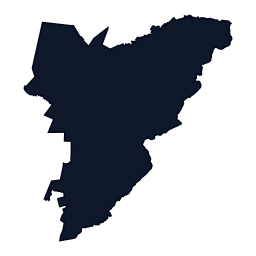 Shamva, Mashonaland Central, Zimbabwe
{"feature_id": "62879985B93379184763454", "entity_name": "Shamva", "entity_type": "district", "adm_level": 2, "iso_a3": "ZWE", "parent_name": "Zimbabwe", "parent_adm1": "Mashonaland Central", "projection": "mercator", "projection_center": [31.712, -17.164], "detail": "fine", "context": "isolated", "style": "filled", "palette": "ink", "viewbox_px": 256, "rotation_deg": 0, "n_neighbors": 0, "source": "geoboundaries", "source_scale": "gbopen_adm2", "svg_char_len": 5669}
<svg xmlns="http://www.w3.org/2000/svg" viewBox="0 0 256 256"><path d="M75.5,237.7L75.9,236.5L76.9,235.7L76.9,234.3L79.4,233.3L81.0,231.7L81.4,228.5L82.6,227.2L83.4,227.2L85.4,227.6L85.9,227.1L86.8,227.2L87.6,226.7L88.5,226.8L89.2,226.4L92.5,226.0L92.7,224.9L94.5,224.1L95.1,224.1L95.6,224.7L96.6,224.5L97.5,224.7L99.1,224.4L99.4,223.9L99.3,222.3L99.7,221.8L100.3,221.7L100.5,222.4L101.0,222.7L101.4,222.0L102.8,222.3L103.6,221.3L104.7,220.4L105.5,220.4L105.8,219.1L107.3,218.5L107.3,218.3L107.5,218.2L107.6,216.4L108.1,215.6L109.5,216.1L110.9,216.0L111.1,215.7L110.0,213.1L108.9,212.0L108.8,211.2L108.3,210.4L111.1,208.7L112.3,206.8L114.5,205.1L115.1,202.4L116.7,200.6L117.8,200.2L119.3,200.4L120.6,198.0L121.6,196.6L122.0,196.6L122.5,196.3L123.4,196.3L124.6,194.9L126.4,194.8L127.3,194.0L128.2,193.7L129.2,192.6L129.5,191.5L130.6,190.6L131.7,188.8L131.7,188.0L132.3,186.6L132.8,186.0L133.7,185.8L134.6,185.0L135.4,184.1L136.2,182.2L137.6,181.7L140.1,179.5L141.7,177.3L142.9,176.6L146.8,173.2L148.5,170.8L151.1,168.4L152.0,165.5L151.1,163.4L150.1,162.2L150.1,160.4L150.5,159.6L150.5,158.8L149.8,156.7L148.8,155.2L148.0,151.6L146.9,150.2L145.8,149.5L144.0,146.9L142.2,144.8L142.4,143.8L143.5,142.1L143.9,140.4L145.5,138.9L147.7,138.2L149.1,138.2L150.7,139.4L153.1,139.1L154.1,138.6L154.4,138.2L154.5,136.3L155.3,135.3L156.8,134.7L157.6,134.6L159.9,135.1L160.9,134.9L161.5,134.4L162.6,132.8L165.8,132.5L166.6,131.9L167.5,130.7L169.8,129.2L176.2,126.2L177.1,126.0L178.9,124.8L180.2,124.5L181.3,123.7L181.2,123.1L180.0,122.2L179.1,121.0L177.3,119.9L176.4,118.9L176.5,118.4L177.2,117.3L176.7,114.6L178.5,113.0L181.4,108.5L182.0,106.7L183.0,105.0L183.0,104.2L183.5,103.6L182.9,102.0L183.1,101.3L183.8,100.3L187.7,97.2L188.8,96.9L189.8,97.3L191.5,95.4L193.3,94.5L194.1,93.5L196.2,91.9L200.4,87.4L200.8,85.0L199.5,81.8L198.7,81.3L196.8,81.5L195.7,81.2L195.0,80.6L194.8,79.9L194.9,79.6L196.1,78.4L196.3,77.9L196.2,76.7L195.8,75.5L195.9,74.7L197.5,74.6L199.9,75.1L201.5,74.7L201.6,74.4L201.2,73.6L201.4,72.1L201.3,70.6L202.0,68.6L202.1,67.3L201.8,66.8L200.5,65.9L200.5,65.6L202.0,64.5L204.2,63.7L205.1,63.1L207.4,62.6L208.5,61.9L209.4,61.6L209.8,61.0L210.7,60.3L210.8,60.0L210.3,59.3L211.4,56.9L211.2,54.5L211.8,53.6L213.5,48.7L214.0,48.4L214.4,47.4L216.4,47.1L218.6,48.5L220.4,49.1L222.7,48.8L224.0,47.7L226.3,46.3L227.6,46.1L228.4,45.5L229.1,45.1L230.1,43.6L229.8,42.3L231.6,39.2L231.7,38.1L231.3,36.9L229.9,35.4L229.6,33.9L229.6,29.7L228.9,27.6L229.4,26.8L229.7,24.9L231.0,23.3L229.5,22.5L228.8,21.3L228.0,21.7L228.0,21.4L226.9,20.9L225.1,20.9L222.4,20.4L221.6,20.7L220.3,21.8L219.8,21.9L217.6,20.9L217.5,20.3L217.0,20.1L215.3,20.2L213.8,19.4L211.7,19.2L210.5,18.5L206.3,18.9L204.6,18.1L203.9,18.1L203.4,18.6L203.1,18.0L201.6,17.8L200.4,18.1L199.2,18.8L198.8,18.7L198.4,17.8L197.8,17.1L196.5,18.3L195.7,18.5L195.2,18.3L194.7,17.5L193.6,17.7L193.1,17.3L192.6,17.2L192.2,18.6L191.6,18.7L191.1,18.2L191.3,16.1L189.3,15.4L188.5,15.5L188.4,16.4L188.7,16.9L188.6,17.4L187.5,17.4L186.6,16.3L184.7,16.0L184.9,16.8L184.6,17.6L184.0,17.7L183.2,18.3L179.4,19.3L178.5,19.3L178.3,19.5L178.4,20.4L177.0,20.3L175.4,19.6L174.7,19.1L174.1,17.9L173.5,18.0L172.4,18.9L171.2,20.6L169.3,22.2L169.1,23.3L168.2,22.7L167.7,22.7L167.2,22.9L167.2,23.8L166.7,24.2L164.9,23.7L164.8,24.3L165.3,25.1L165.1,25.7L163.7,25.0L163.0,25.2L162.6,26.2L162.0,26.7L160.3,29.2L159.8,29.0L158.8,27.9L158.7,27.2L159.3,26.7L159.0,26.5L158.0,26.3L157.1,26.5L156.3,27.6L154.7,26.9L153.9,26.0L153.1,26.0L152.5,26.7L152.7,27.0L151.9,27.3L151.7,27.9L150.8,29.0L150.9,29.5L152.4,30.1L152.6,30.5L152.3,31.1L151.2,32.2L151.4,32.9L152.1,33.8L152.0,34.5L150.3,34.7L149.4,34.3L148.3,34.7L148.0,35.8L147.6,35.9L147.1,35.6L146.7,36.5L145.5,36.1L145.0,35.4L144.6,35.4L144.4,35.6L144.1,36.5L142.6,37.1L141.1,37.2L140.2,38.2L138.8,37.5L138.5,37.5L138.4,37.8L137.4,37.6L136.9,38.1L136.6,39.0L135.8,39.7L136.3,40.9L136.1,41.5L135.1,41.8L134.3,41.4L133.8,41.8L131.8,41.5L131.9,42.2L132.7,42.8L132.8,43.5L130.8,45.5L130.0,45.6L129.4,45.2L129.8,44.3L129.5,43.8L128.3,44.0L126.7,44.8L125.8,44.1L125.6,45.3L125.0,45.5L123.7,45.3L123.3,44.5L123.1,44.3L123.0,45.1L122.4,45.2L121.4,44.7L121.1,45.4L120.4,45.1L119.3,45.8L118.4,45.9L117.6,45.5L117.2,46.1L110.2,49.3L101.8,44.7L108.1,27.8L108.0,27.6L93.9,38.6L88.7,46.4L83.7,41.3L83.5,39.8L81.3,37.0L79.8,36.5L73.0,25.1L73.2,25.5L72.4,25.9L42.6,22.5L32.4,68.4L35.2,76.7L26.6,86.2L24.7,86.3L24.3,88.6L24.7,89.1L24.7,89.7L25.3,90.2L26.3,91.8L27.0,92.0L27.3,92.8L28.3,93.1L29.4,94.3L30.2,94.4L30.8,94.8L32.2,94.3L33.2,95.2L33.3,94.7L33.8,94.5L33.7,94.9L34.0,95.3L34.6,95.0L35.3,95.0L36.0,95.6L36.4,94.3L37.2,94.0L38.6,95.1L39.0,94.3L39.6,94.3L40.1,95.6L41.4,96.1L42.0,96.2L42.8,95.5L43.3,95.6L43.5,95.9L43.5,97.1L44.0,97.5L43.7,98.0L44.1,98.1L44.4,98.7L44.8,98.4L46.2,99.1L46.9,100.1L47.6,99.9L48.1,100.8L49.1,100.9L49.3,102.3L50.0,102.3L50.1,103.4L51.0,103.1L51.5,103.4L51.6,104.0L52.3,104.8L44.6,115.0L53.9,119.1L48.4,132.3L64.8,132.1L64.5,140.9L71.4,141.2L71.3,155.0L71.0,158.3L71.3,163.1L70.8,163.0L71.0,161.7L69.9,162.2L68.7,163.3L67.6,163.9L64.9,163.9L63.6,163.3L63.2,166.9L60.5,180.1L51.6,181.2L44.4,198.9L45.5,198.9L45.6,200.0L46.2,200.0L46.3,199.5L46.6,199.2L47.5,199.3L48.5,200.2L48.6,199.5L49.4,199.6L49.1,198.3L49.3,196.3L51.0,194.8L51.2,194.3L51.2,193.9L50.5,193.3L50.8,191.4L50.5,191.1L50.2,191.5L49.5,191.1L49.5,190.6L50.1,190.3L51.4,190.1L51.4,189.3L52.9,189.2L53.5,189.7L53.8,190.3L54.8,190.8L56.2,190.7L58.1,191.2L60.0,191.3L61.3,192.0L63.3,192.0L63.5,191.4L64.5,196.9L57.8,198.8L59.8,206.6L66.0,204.9L66.7,207.5L63.0,209.3L64.2,212.9L62.2,215.6L60.7,220.1L64.4,222.6L63.1,229.8L60.7,235.9L59.9,240.6L72.9,238.4L75.5,237.7Z" fill="#0f172a" stroke="#020617" stroke-width="1.5"/></svg>